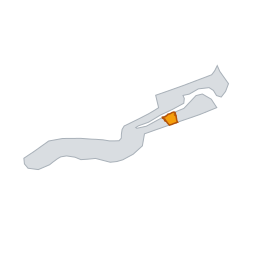 Central Badibu, North Bank, Gambia (highlighted), rotated 160°
{"feature_id": "56634734B73613655778936", "entity_name": "Central Badibu", "entity_type": "district", "adm_level": 2, "iso_a3": "GMB", "parent_name": "Gambia", "parent_adm1": "North Bank", "projection": "orthographic", "projection_center": [-15.935, 13.52], "detail": "fine", "context": "in_parent", "style": "filled", "palette": "amber", "viewbox_px": 256, "rotation_deg": 160, "n_neighbors": 0, "source": "geoboundaries", "source_scale": "gbopen_adm2", "svg_char_len": 2737}
<svg xmlns="http://www.w3.org/2000/svg" viewBox="0 0 256 256"><g transform="rotate(160 128 128)"><path d="M37.6,116.8L56.1,116.1L78.6,116.5L103.0,116.8L114.5,116.9L120.6,106.3L132.1,101.6L143.8,99.9L149.9,100.3L156.4,101.9L168.9,110.5L176.6,112.5L183.1,114.4L187.8,118.7L195.3,122.8L201.1,123.9L204.6,123.3L210.4,121.6L214.2,120.3L226.5,119.6L235.7,124.4L237.6,129.7L236.2,135.2L223.9,138.2L207.0,142.9L193.0,140.5L175.9,134.4L165.9,129.9L161.7,128.2L155.5,125.4L150.0,122.3L144.8,120.4L140.8,119.1L137.8,120.7L136.3,124.5L134.0,128.7L130.9,131.2L116.6,132.7L103.8,134.3L96.9,135.6L92.3,136.6L90.8,149.3L76.3,149.1L62.0,149.0L47.2,149.2L31.2,149.4L27.1,152.0L22.8,156.1L22.4,149.8L18.4,135.3L23.8,129.0L29.8,125.2L33.7,128.2L34.9,134.1L38.0,138.2L48.5,140.7L58.8,138.9L65.2,139.8L65.0,136.5L67.1,132.2L79.7,130.3L93.0,129.1L106.7,126.4L117.4,126.5L120.6,125.8L119.8,124.7L110.2,123.4L89.7,126.5L68.8,127.3L53.0,135.2L46.5,134.5L39.9,126.6L37.6,116.8Z" fill="#d9dde1" stroke="#a8b0b8" stroke-width="1"/><path d="M88.0,116.5L87.3,116.5L87.1,116.5L86.9,116.5L85.9,116.4L85.2,116.4L84.6,116.5L83.0,116.5L82.9,116.5L82.4,116.5L81.9,116.5L81.4,116.4L81.4,116.5L80.7,116.5L79.5,116.5L79.4,116.5L79.6,117.0L79.6,117.3L79.5,118.1L79.5,118.8L79.4,119.4L79.3,119.7L79.2,120.2L79.2,120.3L79.1,121.0L78.9,121.8L78.9,122.1L78.8,122.3L78.8,122.5L78.7,122.8L78.6,123.0L78.6,123.3L78.9,123.4L78.9,123.5L79.0,123.6L78.9,123.6L78.8,123.8L78.9,124.0L78.8,124.3L78.7,124.2L78.7,124.5L78.9,124.6L78.9,124.8L79.0,124.9L78.9,124.9L78.8,125.0L78.7,125.1L78.7,125.3L78.6,125.5L78.8,125.5L78.7,125.7L78.7,125.8L78.8,125.8L78.8,126.0L78.7,126.0L78.6,126.3L78.8,126.4L78.8,126.7L78.8,126.8L79.0,127.0L79.4,127.3L79.5,127.3L79.9,127.3L80.0,127.4L80.4,127.4L80.5,127.4L80.8,127.4L81.1,127.4L81.5,127.4L81.8,127.3L81.8,127.2L81.8,127.3L82.0,127.3L82.2,127.2L82.3,127.2L82.5,127.2L82.8,127.1L83.0,127.1L83.6,127.0L84.5,127.1L85.0,127.2L85.3,127.2L85.6,127.3L85.9,127.2L86.1,127.0L86.3,126.9L86.6,126.8L86.7,126.7L86.8,126.7L87.2,126.6L87.4,126.5L87.6,126.4L87.9,126.3L88.0,126.2L88.4,126.1L88.6,126.1L88.8,126.0L89.1,126.0L89.4,125.9L89.8,125.9L90.0,125.9L90.2,126.0L90.6,126.0L90.9,126.1L91.5,126.3L92.0,126.4L92.1,126.1L92.1,125.9L92.0,125.6L92.1,125.4L91.8,125.3L91.7,125.3L91.2,124.5L91.3,124.4L91.1,124.0L90.9,124.0L90.9,123.9L90.7,123.8L90.8,123.7L90.7,123.5L90.4,123.5L90.3,123.4L90.5,123.2L90.7,123.3L90.8,123.2L90.9,122.9L91.0,122.8L91.0,122.6L90.8,122.6L90.8,122.4L90.6,122.4L90.6,122.1L90.2,122.1L90.2,121.9L90.2,121.6L90.3,121.5L90.1,121.3L89.9,121.2L89.7,121.2L89.5,120.5L89.5,120.4L89.4,119.9L89.4,119.7L89.2,119.3L89.1,119.0L88.9,118.4L88.7,118.0L88.7,117.9L88.3,117.0L88.2,116.9L88.0,116.5Z" fill="#f59e0b" stroke="#b45309" stroke-width="1.5"/></g></svg>